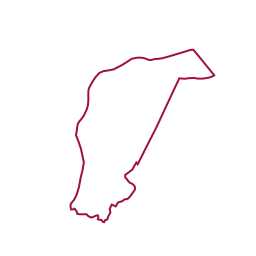 the district of Guaíra, Paraná, Brazil, rotated 27°
{"feature_id": "56859067B14850541028605", "entity_name": "Guaíra", "entity_type": "district", "adm_level": 2, "iso_a3": "BRA", "parent_name": "Brazil", "parent_adm1": "Paraná", "projection": "natural_earth1", "projection_center": [-54.219, -24.193], "detail": "fine", "context": "isolated", "style": "outline", "palette": "rose", "viewbox_px": 256, "rotation_deg": 27, "n_neighbors": 0, "source": "geoboundaries", "source_scale": "gbopen_adm2", "svg_char_len": 1625}
<svg xmlns="http://www.w3.org/2000/svg" viewBox="0 0 256 256"><g transform="rotate(27 128 128)"><path d="M150.7,28.6L148.3,30.0L146.1,32.1L143.8,34.4L135.8,42.0L130.0,47.5L125.7,51.2L120.2,54.7L118.0,56.7L116.2,57.7L114.0,58.1L111.8,58.2L107.9,59.3L104.5,61.0L100.9,63.8L99.5,65.3L97.5,68.9L95.0,73.1L93.6,75.3L92.1,77.4L89.5,81.0L88.5,82.4L84.6,85.4L80.3,88.5L77.5,92.0L76.0,97.3L75.5,101.2L75.3,103.1L75.1,109.7L75.7,112.5L77.2,115.7L79.9,120.9L81.8,125.4L82.8,129.8L83.0,136.9L82.5,140.7L81.7,144.0L81.4,147.2L82.6,151.1L83.9,154.6L84.9,158.1L87.2,160.0L90.4,162.9L95.5,167.9L99.2,172.4L101.8,175.6L104.2,178.5L106.7,186.4L108.5,194.2L111.1,202.8L112.6,211.3L112.5,216.7L111.4,221.7L112.8,224.7L114.4,226.4L116.3,225.2L117.1,224.1L120.3,225.8L121.6,227.4L124.2,226.8L130.1,223.7L132.9,224.6L135.7,224.5L137.3,223.2L138.4,221.7L139.4,220.4L140.8,219.5L142.0,220.8L142.5,223.0L143.8,222.8L146.1,222.0L148.1,223.0L149.4,222.8L149.6,220.4L151.1,218.8L150.7,217.4L150.6,215.3L150.6,213.5L150.7,211.3L148.4,208.3L148.3,203.6L152.6,203.4L152.9,198.9L156.2,195.7L157.2,193.3L159.9,191.3L160.6,189.1L161.1,187.0L161.5,184.2L162.0,181.5L162.1,179.7L161.4,178.1L160.1,176.7L158.3,176.1L156.7,175.8L154.6,176.0L152.5,175.3L150.4,174.2L148.2,173.5L146.8,171.1L150.7,163.2L150.9,157.5L151.1,155.0L153.1,155.9L153.0,138.8L153.0,128.4L153.0,118.6L153.0,114.8L152.2,92.5L152.1,89.9L152.0,85.4L151.8,80.9L151.7,77.2L151.5,73.7L151.5,70.9L151.2,62.6L151.1,60.5L156.1,58.4L160.7,55.3L164.7,53.2L167.4,52.5L172.6,49.8L177.7,46.0L179.7,43.8L180.9,41.9L178.7,40.9L155.9,30.8L150.7,28.6Z" fill="none" stroke="#9f1239" stroke-width="2"/></g></svg>